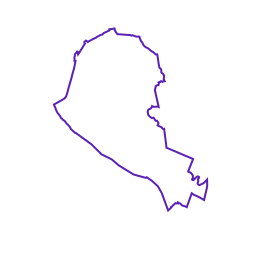 outline of Huehuetlán, San Luis Potosí, Mexico, rotated 335°
{"feature_id": "50627088B39544004778747", "entity_name": "Huehuetlán", "entity_type": "district", "adm_level": 2, "iso_a3": "MEX", "parent_name": "Mexico", "parent_adm1": "San Luis Potosí", "projection": "robinson", "projection_center": [-98.974, 21.517], "detail": "fine", "context": "isolated", "style": "outline", "palette": "violet", "viewbox_px": 256, "rotation_deg": 335, "n_neighbors": 0, "source": "geoboundaries", "source_scale": "gbopen_adm2", "svg_char_len": 4030}
<svg xmlns="http://www.w3.org/2000/svg" viewBox="0 0 256 256"><g transform="rotate(335 128 128)"><path d="M177.9,208.1L176.7,208.6L175.6,209.1L173.6,209.8L173.1,209.9L168.7,210.0L168.1,209.3L167.7,208.6L167.6,208.0L167.8,207.4L168.2,207.0L168.8,206.5L168.9,206.1L169.3,205.8L169.4,205.5L169.4,204.9L169.6,204.5L169.9,203.9L170.2,203.7L170.8,203.5L171.3,203.2L171.6,202.9L171.7,202.6L171.5,202.1L171.4,201.9L171.1,201.7L170.7,201.3L170.1,201.3L169.5,201.4L167.4,202.0L166.2,202.7L165.6,202.8L164.7,202.7L164.4,202.3L164.3,201.9L164.6,201.3L164.9,201.1L165.4,200.8L165.9,200.4L166.2,199.8L166.5,198.9L166.6,198.3L166.6,197.3L166.5,196.8L166.3,196.2L166.1,195.6L165.9,195.2L165.7,194.7L165.1,194.1L164.7,193.8L164.4,193.4L164.2,193.2L164.2,192.7L164.8,192.2L165.2,191.8L168.6,188.6L173.9,183.6L171.8,181.2L170.3,179.5L168.8,178.0L166.3,175.2L154.5,162.1L155.5,159.4L160.4,144.0L159.1,143.4L158.7,141.5L155.9,138.2L157.7,136.6L157.5,134.6L157.3,133.6L156.1,133.1L155.5,129.4L153.8,129.1L152.6,127.0L151.9,124.7L152.7,121.7L153.6,120.4L154.9,119.9L156.5,120.0L158.4,119.2L159.1,118.3L160.1,119.6L163.0,120.8L164.2,121.2L164.7,121.8L168.3,105.3L169.1,104.0L169.9,103.3L170.3,102.5L170.7,101.8L171.4,101.8L172.1,101.6L172.9,101.6L173.1,101.7L173.7,102.0L174.9,100.6L175.0,100.4L174.9,99.6L175.8,99.5L176.0,99.8L176.7,99.9L176.9,100.0L177.1,99.9L177.7,99.5L178.1,99.9L178.8,100.8L179.8,100.5L180.2,100.9L180.4,100.9L181.0,101.0L180.9,100.5L180.9,100.0L181.1,99.8L181.1,99.6L180.8,99.5L181.0,98.8L183.0,95.7L182.8,95.5L182.5,93.3L181.9,92.5L181.8,92.1L181.7,91.8L181.9,91.4L182.2,90.6L182.7,89.5L182.7,88.4L182.0,86.5L182.2,85.5L183.5,80.7L184.3,78.2L184.8,76.5L185.6,73.6L184.5,73.2L184.2,73.0L183.2,70.5L182.4,69.3L182.1,68.9L181.1,67.0L180.8,66.3L179.9,64.4L179.1,63.4L178.1,62.1L177.6,61.0L177.3,60.2L177.0,58.9L177.1,57.2L176.6,54.8L176.6,51.9L176.9,50.0L174.2,48.7L171.3,45.9L170.6,45.7L170.1,45.7L169.6,44.9L158.1,38.5L157.7,36.8L157.4,35.0L157.6,34.5L157.6,34.4L157.3,33.4L157.8,32.1L156.3,31.7L155.1,31.4L153.0,30.6L152.7,30.6L152.5,31.1L152.4,31.7L146.0,31.7L145.6,31.8L144.8,32.2L144.5,32.5L143.2,32.2L141.9,32.1L140.7,32.2L140.0,32.3L139.1,32.2L138.2,32.3L137.0,32.7L135.4,32.6L133.4,32.6L132.5,32.7L128.6,32.9L127.9,33.1L127.2,31.4L127.0,31.2L126.7,30.9L124.8,31.6L124.4,32.5L124.7,33.4L122.6,34.6L121.5,35.3L120.1,36.3L118.3,37.4L115.1,39.5L113.9,40.2L114.1,39.4L114.3,38.2L114.6,37.8L114.5,37.5L114.3,37.3L114.1,37.2L114.0,37.4L113.8,37.5L113.4,37.7L113.0,38.0L112.5,38.2L112.0,38.3L111.5,38.5L111.2,38.8L110.8,39.1L110.7,39.4L110.6,39.6L110.5,39.9L110.4,40.2L110.2,40.4L110.0,40.6L109.7,40.9L109.5,41.1L109.1,41.6L109.0,41.8L108.9,42.2L108.8,42.7L108.7,43.0L108.5,43.3L108.3,43.6L108.1,44.0L107.9,44.2L107.8,44.5L107.8,44.9L107.9,45.1L108.0,45.3L108.6,45.3L108.2,45.9L108.1,46.0L106.8,47.8L106.6,48.1L105.9,49.0L105.1,50.1L104.9,50.4L104.1,51.5L103.1,52.5L100.8,55.2L100.3,55.7L98.5,58.1L91.3,66.3L88.0,70.3L85.4,73.1L83.0,74.4L79.4,74.8L70.8,75.4L70.7,76.3L70.7,79.6L70.5,80.3L70.4,83.1L70.5,84.3L71.6,88.8L71.4,90.3L71.7,91.0L72.1,91.5L72.3,92.2L72.4,92.9L73.1,93.9L73.7,95.2L74.3,98.4L74.7,99.0L75.0,100.2L75.4,101.2L75.8,102.4L75.8,104.8L78.0,110.1L78.6,110.4L87.1,125.8L87.9,127.1L88.9,129.8L92.9,140.7L100.0,149.6L103.9,158.1L113.4,172.5L123.2,180.8L124.2,180.6L127.4,186.1L128.5,188.7L130.5,193.5L131.1,201.5L129.5,219.7L133.4,218.4L133.3,218.2L133.7,217.9L134.5,217.7L135.0,217.6L135.7,217.3L136.1,217.1L136.7,217.0L137.1,216.8L137.8,216.6L139.0,216.3L139.4,216.2L139.5,216.3L139.7,216.6L139.9,216.8L140.1,216.9L140.5,216.9L140.6,217.0L141.0,217.2L141.4,217.4L141.5,217.5L141.6,217.4L141.9,217.1L142.0,216.7L142.2,216.9L142.3,217.2L142.3,217.3L142.2,217.5L143.1,218.3L143.4,218.5L143.5,218.9L143.7,219.3L144.0,220.1L144.1,220.8L146.9,223.4L147.8,224.6L158.2,214.1L159.5,216.4L159.7,216.7L160.1,217.2L160.3,217.3L160.6,217.6L161.0,218.0L161.2,218.3L161.5,218.6L163.0,220.4L163.3,220.8L166.5,225.4L173.9,216.0L175.5,213.6L177.3,209.5L177.7,208.6L177.9,208.1Z" fill="none" stroke="#5b21b6" stroke-width="2"/></g></svg>